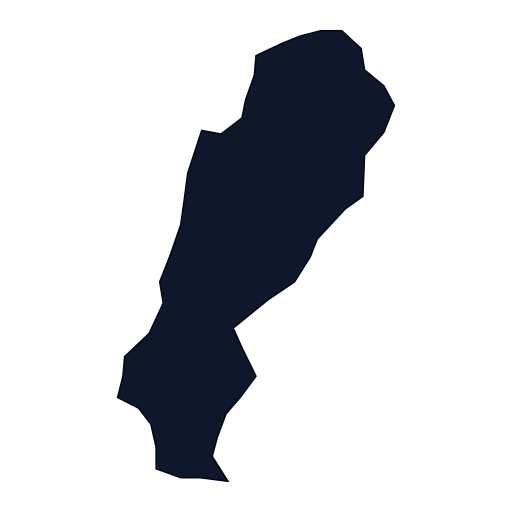 the district of Politiko, Nicosia, Cyprus
{"feature_id": "46923920B8384928890729", "entity_name": "Politiko", "entity_type": "district", "adm_level": 2, "iso_a3": "CYP", "parent_name": "Cyprus", "parent_adm1": "Nicosia", "projection": "natural_earth1", "projection_center": [33.22, 35.002], "detail": "fine", "context": "isolated", "style": "filled", "palette": "ink", "viewbox_px": 512, "rotation_deg": 0, "n_neighbors": 0, "source": "geoboundaries", "source_scale": "gbopen_adm2", "svg_char_len": 687}
<svg xmlns="http://www.w3.org/2000/svg" viewBox="0 0 512 512"><path d="M228.0,481.3L212.2,456.3L217.5,436.7L226.2,413.6L240.2,397.5L256.0,376.2L242.0,347.7L233.2,328.1L268.3,299.6L294.6,281.8L310.3,256.8L317.3,239.0L345.4,208.8L362.9,196.3L364.6,155.3L383.9,132.2L394.4,105.5L383.9,85.9L364.6,69.9L361.1,48.5L341.8,30.7L320.8,30.7L299.8,36.1L282.3,43.2L256.0,55.6L254.3,75.2L245.5,100.1L242.0,117.9L221.0,134.0L201.7,130.4L187.7,173.1L184.2,199.9L180.7,224.8L170.2,255.1L159.7,281.8L163.2,303.1L149.1,333.4L124.6,356.6L122.9,376.2L117.6,397.5L138.6,408.2L150.9,424.3L156.1,447.4L156.1,468.8L180.7,477.7L199.9,477.7L228.0,481.3Z" fill="#0f172a" stroke="#020617" stroke-width="1.5"/></svg>